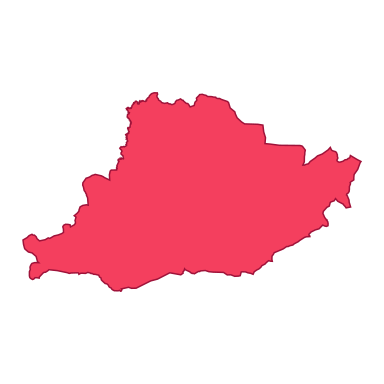 Upper West Akim, Eastern, Ghana (Mercator projection)
{"feature_id": "2480657B98999442599484", "entity_name": "Upper West Akim", "entity_type": "district", "adm_level": 2, "iso_a3": "GHA", "parent_name": "Ghana", "parent_adm1": "Eastern", "projection": "mercator", "projection_center": [-0.558, 5.807], "detail": "fine", "context": "isolated", "style": "filled", "palette": "rose", "viewbox_px": 384, "rotation_deg": 0, "n_neighbors": 0, "source": "geoboundaries", "source_scale": "gbopen_adm2", "svg_char_len": 6002}
<svg xmlns="http://www.w3.org/2000/svg" viewBox="0 0 384 384"><path d="M121.3,291.0L121.9,289.6L121.4,288.9L128.5,287.3L131.5,288.3L136.1,288.2L150.7,280.9L157.5,279.1L169.8,272.8L180.8,274.8L183.1,273.2L183.0,271.9L184.1,270.6L184.6,268.8L185.4,269.8L190.0,271.9L190.4,272.5L192.2,273.5L192.9,273.3L194.4,273.8L198.3,271.5L199.8,271.5L200.4,270.9L205.3,270.5L208.9,271.7L213.2,272.1L223.5,272.4L227.2,274.9L230.9,274.8L234.7,276.3L238.5,276.1L240.2,275.7L241.2,272.0L242.1,271.8L245.6,271.9L247.8,272.8L250.6,273.3L253.1,274.3L254.2,271.8L256.7,270.0L259.0,268.9L260.9,267.2L261.8,265.7L265.1,264.0L266.4,262.5L268.6,260.7L270.6,261.2L272.3,261.3L271.9,259.4L272.0,256.2L273.4,254.3L274.2,252.7L283.2,248.9L286.7,246.5L288.0,246.6L289.9,245.7L292.9,245.0L294.2,243.8L298.4,241.6L299.6,240.5L304.5,237.4L306.2,236.8L309.9,236.6L309.8,235.9L308.9,235.0L308.9,234.6L309.4,233.6L310.6,232.7L310.9,232.1L315.3,229.9L319.1,228.8L322.7,225.1L324.9,226.1L326.5,226.4L328.0,225.7L328.1,223.5L327.7,221.6L327.0,220.7L327.1,220.1L326.4,220.0L326.2,219.4L324.7,217.5L322.9,213.4L323.4,211.3L326.9,207.3L329.3,206.1L330.2,202.6L331.0,201.9L334.2,200.8L335.5,198.6L337.8,201.3L343.2,204.1L343.4,204.6L345.2,206.6L346.1,207.9L350.6,207.0L349.2,202.3L349.0,200.0L347.1,195.4L346.5,195.0L346.8,193.9L347.8,193.4L349.1,191.6L349.4,189.2L349.4,186.6L350.5,183.8L350.1,182.6L350.8,181.9L353.8,179.9L353.8,177.4L354.1,174.5L357.7,169.4L360.1,162.8L361.0,161.5L357.1,159.5L350.4,155.5L349.8,157.7L349.2,158.1L348.2,158.4L347.1,159.5L345.0,159.8L343.1,161.2L340.1,162.1L339.3,162.2L338.4,161.9L337.5,161.4L336.9,160.3L337.1,159.6L337.8,158.4L337.8,157.7L337.3,156.2L337.4,154.9L336.4,152.4L335.4,151.6L333.5,151.1L331.9,150.4L331.4,149.9L330.3,147.4L328.1,149.9L322.3,154.0L317.5,155.9L315.0,158.1L310.2,161.5L308.4,163.8L305.9,164.4L304.5,165.1L302.9,165.1L304.3,161.9L304.4,156.7L304.8,154.2L304.8,152.7L305.3,150.1L302.5,146.4L301.9,146.0L300.0,145.5L279.5,145.3L270.3,144.1L265.0,143.6L265.5,137.7L263.7,131.9L262.9,125.1L257.9,124.3L244.6,123.9L241.5,121.9L237.1,117.8L235.4,114.0L234.8,111.8L230.2,108.0L228.5,102.5L227.4,101.5L221.1,99.3L219.7,98.5L217.7,98.5L216.8,98.3L215.9,97.7L215.7,97.2L213.6,97.1L211.6,96.6L207.6,96.5L206.0,95.3L204.3,95.0L202.3,94.3L199.6,94.6L198.9,95.6L196.5,98.0L196.4,98.5L196.8,99.6L196.7,100.5L195.3,101.8L194.8,102.9L194.2,105.5L190.1,106.9L188.5,104.3L187.7,103.5L186.3,103.4L183.5,101.0L183.3,100.4L182.5,100.3L180.5,98.9L178.3,100.0L176.7,100.3L175.4,101.8L175.2,102.7L174.7,103.5L172.9,104.4L171.6,104.6L170.2,103.9L169.2,103.9L168.4,103.6L167.6,102.8L164.5,103.4L161.7,102.6L160.7,101.3L158.6,100.0L158.3,98.8L157.5,97.9L157.0,96.8L156.9,95.6L157.6,94.4L157.3,92.9L154.1,92.8L151.7,93.6L150.6,94.5L149.4,95.9L148.8,97.4L147.7,98.0L146.6,99.4L146.6,100.1L146.2,99.9L146.0,100.2L146.4,100.8L145.6,101.5L143.7,101.2L143.3,100.8L142.8,101.0L142.2,100.6L141.8,100.8L141.7,101.4L141.2,101.6L141.1,101.2L140.7,101.2L140.2,101.9L140.0,101.7L140.1,101.1L139.9,100.8L139.7,101.0L139.2,102.6L139.2,103.8L138.7,104.0L137.6,103.8L137.5,102.5L137.7,102.2L137.1,101.9L136.3,101.2L135.4,101.3L134.9,102.4L134.0,102.6L134.3,103.2L134.0,103.5L133.5,103.4L133.2,103.9L133.3,104.3L132.1,105.4L131.8,107.0L131.1,107.5L131.4,108.0L131.2,108.3L130.6,108.1L130.3,108.5L129.8,108.6L129.2,108.1L128.7,108.3L128.9,107.8L128.6,107.6L128.2,108.1L127.9,108.0L128.0,107.6L127.8,107.5L126.4,108.5L127.1,109.1L126.7,109.7L127.5,110.0L127.7,110.3L128.2,111.6L128.2,112.4L129.4,112.6L129.3,113.1L128.8,113.5L128.8,113.9L127.6,114.3L127.2,117.0L127.8,117.3L128.1,118.2L128.6,118.3L129.3,119.0L129.3,119.9L130.3,120.4L130.6,121.3L131.0,121.9L130.5,122.0L131.0,122.6L131.1,123.2L130.6,123.5L130.9,124.0L130.2,124.8L130.1,127.1L129.2,127.3L129.2,127.7L128.6,128.1L127.9,127.7L127.7,128.0L127.7,128.9L128.4,129.3L128.4,130.8L129.1,131.6L128.7,132.3L128.7,133.1L128.0,133.1L127.9,133.7L127.4,133.6L127.2,134.0L126.5,134.0L126.4,134.4L125.7,134.6L125.9,135.1L127.0,135.3L127.0,135.5L126.4,136.2L127.1,136.9L127.1,137.1L126.2,137.8L126.8,138.4L126.5,139.0L127.2,138.9L127.2,140.2L127.7,140.9L127.6,141.5L126.9,141.9L126.4,142.6L126.7,143.8L126.0,144.6L126.6,145.2L125.6,146.3L124.9,146.4L124.2,146.9L123.6,146.5L121.8,147.1L121.1,146.7L119.8,148.2L120.2,148.9L121.3,149.9L121.6,150.7L121.9,151.0L121.9,151.5L121.0,152.9L121.0,153.4L121.2,154.3L122.9,155.7L123.5,158.7L123.2,158.9L122.5,158.5L121.7,158.7L121.3,158.2L121.2,158.9L120.2,158.4L120.2,159.2L119.0,159.0L118.2,159.5L118.1,160.7L119.0,161.2L116.9,165.7L117.2,166.4L116.7,167.1L116.6,167.6L117.2,168.3L117.1,168.7L116.6,168.7L116.6,170.0L111.2,170.1L110.2,171.1L109.4,174.8L109.7,180.1L104.5,177.6L103.2,176.7L101.3,175.8L95.2,174.4L93.3,175.1L92.2,175.3L89.6,177.0L87.0,178.0L86.2,178.1L82.9,182.8L82.7,185.1L83.4,186.9L84.2,190.6L85.2,191.8L86.0,193.7L86.5,194.2L86.5,195.4L87.6,197.8L88.2,205.2L86.5,204.8L82.8,205.4L80.1,206.9L79.0,210.0L78.9,211.2L77.1,213.3L74.2,215.7L76.0,217.1L75.0,220.7L75.4,221.7L75.4,223.3L74.3,224.8L70.5,226.9L70.1,224.8L68.0,224.4L65.5,224.3L63.6,225.3L62.8,226.8L63.4,228.9L63.5,232.4L61.9,233.5L58.4,234.9L54.1,235.9L49.8,238.4L48.2,237.9L45.2,239.7L39.5,240.9L37.0,238.7L36.2,236.8L34.4,235.1L33.2,235.2L32.0,234.3L29.1,235.6L27.1,237.6L23.0,240.0L23.5,244.2L24.5,248.1L25.0,249.1L28.4,252.0L32.0,252.9L36.1,256.4L37.5,261.6L38.7,262.7L34.7,262.6L32.0,263.4L31.2,264.4L30.2,266.4L30.0,267.7L30.3,269.5L29.4,271.6L29.4,275.9L29.8,277.5L30.6,278.4L32.5,279.5L33.7,279.1L35.1,277.7L36.8,277.7L39.2,278.1L39.4,276.9L43.3,272.8L43.9,272.4L45.6,272.2L47.8,270.8L48.9,269.7L57.3,270.6L67.3,272.7L69.2,273.4L71.1,273.0L77.9,272.8L78.5,273.0L78.9,274.3L80.7,273.3L82.0,273.2L85.5,273.4L87.8,272.4L90.2,273.0L91.1,273.6L91.9,273.4L93.7,274.3L95.1,274.3L98.8,275.2L99.5,277.0L101.0,278.0L101.3,279.8L102.2,280.8L105.1,283.5L106.6,283.8L107.6,284.4L108.4,285.4L109.0,286.7L109.8,287.4L111.1,288.0L112.0,289.4L113.1,290.1L114.3,290.7L118.1,290.8L119.7,290.4L120.5,291.2L121.3,291.0Z" fill="#f43f5e" stroke="#9f1239" stroke-width="1.5"/></svg>